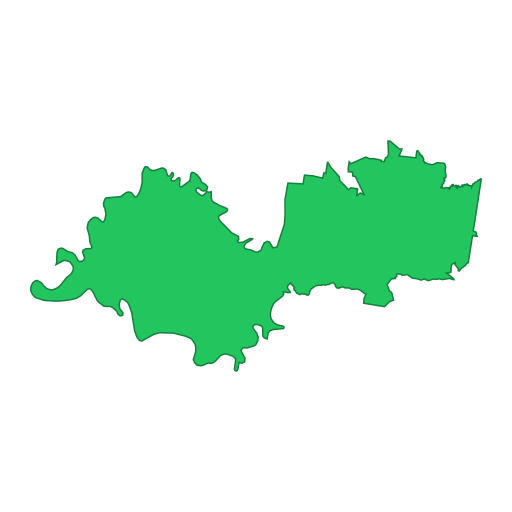 outline of Jáltipan, Veracruz, Mexico, rotated 90°
{"feature_id": "50627088B42259130127478", "entity_name": "Jáltipan", "entity_type": "district", "adm_level": 2, "iso_a3": "MEX", "parent_name": "Mexico", "parent_adm1": "Veracruz", "projection": "albers", "projection_center": [-94.718, 17.862], "detail": "fine", "context": "isolated", "style": "filled", "palette": "green", "viewbox_px": 512, "rotation_deg": 90, "n_neighbors": 0, "source": "geoboundaries", "source_scale": "gbopen_adm2", "svg_char_len": 6051}
<svg xmlns="http://www.w3.org/2000/svg" viewBox="0 0 512 512"><g transform="rotate(90 256 256)"><path d="M306.7,127.6L302.2,123.0L301.0,121.0L300.3,118.5L293.3,120.0L291.4,121.5L291.2,122.5L284.5,124.9L278.6,120.3L278.9,118.6L278.5,117.7L277.6,117.1L278.1,116.6L276.8,116.5L276.6,115.3L274.1,115.4L274.0,111.9L274.4,110.6L275.0,110.4L275.2,108.7L274.6,104.6L278.2,99.6L278.8,94.7L280.1,91.1L279.0,87.4L280.5,84.4L280.6,83.2L279.0,78.7L279.4,75.8L278.8,73.0L279.6,69.5L278.4,62.5L279.6,59.2L279.6,58.0L277.9,59.1L273.1,65.6L272.8,62.1L272.1,62.0L272.0,61.0L265.9,60.8L264.4,60.0L262.6,56.8L264.5,57.0L268.8,53.6L270.7,53.8L271.0,52.7L268.3,50.6L265.8,47.0L263.5,45.2L262.6,43.7L235.8,39.5L236.4,34.1L235.7,35.5L234.6,35.9L233.6,35.4L232.0,36.2L231.1,38.6L231.4,38.8L179.0,30.7L178.8,31.3L179.6,32.4L180.3,32.1L180.3,34.0L181.0,34.0L182.4,37.0L183.8,38.1L183.6,38.8L187.1,40.4L186.0,40.5L185.3,43.7L185.7,45.0L185.3,44.6L184.5,45.3L184.2,44.5L183.9,45.0L185.2,47.3L184.6,47.7L185.4,48.5L185.0,49.6L186.6,49.4L186.1,50.5L187.1,51.6L187.0,52.3L185.8,53.3L188.4,54.9L187.1,55.8L185.9,54.3L185.3,56.1L186.0,57.0L185.7,58.1L185.4,58.6L183.9,58.7L184.6,58.9L185.0,60.1L186.3,59.9L186.3,61.6L187.4,61.7L187.8,63.0L188.6,62.2L189.3,62.7L187.7,64.0L187.7,66.8L188.4,68.1L187.3,70.1L187.9,70.9L187.5,71.2L185.9,69.5L185.0,70.0L183.2,68.3L182.3,68.6L180.9,67.2L178.6,68.1L179.0,66.7L178.3,67.5L177.2,66.2L176.1,65.9L170.7,66.9L166.9,66.3L163.6,67.4L163.1,68.6L162.7,74.9L164.7,79.4L164.0,84.2L162.7,86.4L163.1,87.0L161.7,87.6L160.9,88.8L159.7,88.2L157.5,89.0L156.4,90.2L156.2,89.8L155.6,90.1L155.7,91.3L155.4,90.8L154.5,92.3L154.3,91.9L153.6,92.1L150.6,94.2L151.2,95.3L157.8,96.1L156.0,112.9L149.0,110.0L149.0,112.6L141.0,122.0L141.1,124.1L153.8,123.5L156.6,124.4L157.9,126.5L161.5,127.7L161.4,130.7L160.3,130.7L159.5,134.1L158.7,138.4L158.7,142.5L157.1,146.3L163.7,161.1L161.8,162.8L169.3,163.9L169.8,163.4L171.7,163.7L172.2,159.5L176.0,159.2L176.5,156.6L194.4,148.1L193.0,151.7L195.5,155.2L188.8,154.4L187.8,161.3L189.8,163.3L180.7,172.1L176.5,172.9L167.4,181.1L162.3,184.1L162.4,184.5L173.3,186.3L172.8,188.0L178.1,189.4L175.8,199.2L175.1,207.5L183.9,209.0L183.1,224.1L199.6,227.0L214.7,226.9L224.3,227.6L247.1,235.1L247.8,239.2L242.1,242.4L241.3,244.4L243.0,247.9L250.3,251.1L252.1,254.4L252.1,256.7L249.9,261.2L249.0,266.1L248.0,267.5L246.5,268.0L245.3,267.7L243.3,266.2L239.6,260.1L238.7,259.5L238.5,262.0L242.2,269.2L242.5,273.6L241.0,274.7L239.6,273.3L236.5,273.5L232.7,280.5L221.1,291.8L218.9,293.2L216.6,293.5L215.5,292.5L211.8,285.6L210.4,284.5L209.2,284.5L207.7,286.7L205.6,292.3L202.1,298.5L200.7,300.0L198.1,300.7L191.7,300.8L192.3,303.0L191.7,305.1L195.7,309.1L195.1,311.5L192.5,315.0L190.7,316.0L188.7,315.9L188.0,314.7L188.3,312.9L190.4,310.5L191.0,308.8L190.9,306.9L190.4,305.4L187.1,304.4L184.6,306.3L182.2,310.4L178.5,311.9L174.7,315.1L172.9,317.8L172.4,319.3L172.7,320.4L174.1,321.2L179.2,321.8L181.0,322.5L187.0,330.6L186.8,331.9L185.5,332.5L178.7,332.0L177.8,332.5L177.7,333.5L180.6,336.9L181.0,338.3L180.9,340.3L180.4,340.9L178.5,340.9L176.6,339.1L175.3,338.6L173.7,338.6L172.8,339.3L172.5,340.0L176.1,342.2L176.3,343.3L175.5,344.5L169.7,346.3L168.1,348.6L168.0,350.1L170.4,357.3L170.5,360.1L169.3,362.4L167.1,364.2L166.7,366.4L167.2,367.4L173.2,369.9L182.3,369.8L189.3,371.4L193.6,373.2L196.6,375.3L197.0,376.7L196.7,377.4L193.3,380.1L192.5,381.1L192.0,383.6L192.5,385.7L196.6,391.2L197.9,405.9L198.8,406.9L203.1,408.5L206.1,408.3L208.2,407.2L213.9,406.0L219.5,407.1L222.0,408.6L221.7,410.3L218.4,413.6L217.3,416.3L217.5,418.6L219.6,421.4L222.3,423.7L227.7,424.9L235.8,422.7L241.9,422.2L246.2,420.4L247.7,420.4L248.6,421.0L248.7,425.9L250.1,428.8L252.4,429.4L257.5,427.4L259.8,428.1L261.2,429.5L261.5,432.7L260.6,433.9L255.2,436.9L252.6,439.9L251.7,444.0L248.3,449.3L248.2,451.4L249.3,453.9L252.6,455.0L262.9,455.4L264.6,456.0L260.4,448.2L260.8,445.1L261.7,442.4L262.7,441.4L266.0,439.1L268.0,438.7L269.8,438.8L272.2,439.8L274.4,441.5L277.8,445.6L284.4,450.8L287.6,454.2L289.7,458.8L290.0,460.7L288.8,464.9L286.3,467.9L282.6,470.8L280.4,474.9L281.0,477.0L282.9,479.3L285.9,480.8L288.7,481.3L291.4,481.0L293.8,479.9L296.6,477.7L297.7,476.1L300.4,468.0L301.1,456.4L300.9,450.6L299.8,441.8L298.5,436.0L295.9,431.5L289.5,424.8L288.6,422.6L289.0,421.5L291.9,419.1L300.1,415.0L302.1,413.4L306.3,408.1L306.5,401.4L307.7,399.2L311.2,395.2L313.8,394.3L315.7,392.2L315.9,391.0L315.0,389.2L312.7,389.1L308.6,392.3L304.0,392.8L299.9,391.6L298.7,389.5L302.3,384.4L305.8,382.7L312.6,380.3L331.1,377.3L336.9,375.2L340.5,372.4L341.0,370.2L335.3,360.0L334.0,357.2L332.7,352.2L333.1,338.5L336.0,327.1L338.0,321.9L339.5,320.0L344.4,316.8L347.9,316.2L351.8,316.3L359.7,318.7L363.0,317.1L365.3,314.8L365.7,311.4L365.4,309.3L363.0,303.7L363.4,301.2L362.9,299.3L361.7,297.2L355.6,291.6L354.1,288.0L354.0,285.5L356.2,279.1L359.0,276.2L369.5,277.6L370.7,276.8L371.0,275.6L370.5,274.8L369.1,274.1L362.5,272.9L363.2,270.1L362.0,267.4L358.3,267.0L350.7,271.0L348.5,269.8L347.8,269.0L347.9,264.7L346.2,259.0L344.9,256.3L341.3,254.4L337.1,253.8L332.9,255.4L329.2,258.3L326.4,259.3L324.5,257.3L324.7,253.6L326.2,250.3L327.5,249.4L336.1,249.1L337.7,247.9L339.0,244.9L333.1,243.9L330.7,242.1L329.4,238.2L328.6,228.6L327.8,228.0L326.7,228.2L326.1,229.2L324.9,234.5L322.7,238.2L319.1,240.7L316.6,241.5L312.6,241.5L308.1,240.5L303.6,238.3L301.7,236.7L296.2,229.5L294.0,228.2L292.0,228.6L291.7,227.7L292.6,224.7L292.6,221.8L291.6,221.9L288.4,224.5L287.1,224.5L285.9,224.4L282.8,221.6L284.5,220.8L284.8,219.6L286.4,218.9L287.8,217.4L288.6,218.1L290.0,218.0L290.3,217.1L293.1,215.3L294.4,212.8L294.5,211.7L293.6,210.1L294.2,208.4L293.9,207.5L295.2,204.7L295.0,203.6L293.8,202.6L290.9,202.1L289.0,200.8L285.9,196.5L285.0,192.5L285.4,190.7L284.6,188.6L285.2,186.6L284.7,186.0L284.5,183.2L283.0,180.7L282.7,178.9L284.7,176.5L286.1,176.7L287.9,175.0L288.3,173.2L287.7,173.0L287.6,171.3L286.6,169.7L287.9,167.2L287.9,162.5L289.3,160.7L289.0,154.6L290.4,151.4L293.5,147.5L294.1,145.9L298.1,147.9L303.2,148.4L306.7,127.6Z" fill="#22c55e" stroke="#15803d" stroke-width="1.5"/></g></svg>